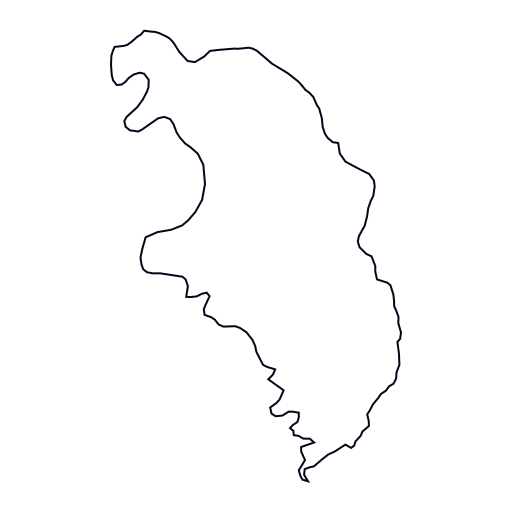 Sertaneja, Paraná, Brazil
{"feature_id": "56859067B46291903675", "entity_name": "Sertaneja", "entity_type": "district", "adm_level": 2, "iso_a3": "BRA", "parent_name": "Brazil", "parent_adm1": "Paraná", "projection": "mercator", "projection_center": [-50.886, -22.951], "detail": "fine", "context": "isolated", "style": "outline", "palette": "ink", "viewbox_px": 512, "rotation_deg": 0, "n_neighbors": 0, "source": "geoboundaries", "source_scale": "gbopen_adm2", "svg_char_len": 2516}
<svg xmlns="http://www.w3.org/2000/svg" viewBox="0 0 512 512"><path d="M338.2,143.0L332.7,142.2L327.7,137.9L325.0,133.9L322.7,127.0L321.8,118.1L319.2,108.5L316.9,105.2L313.3,97.0L309.2,92.6L305.5,90.0L302.8,86.6L298.5,81.7L287.9,73.3L272.2,63.8L256.8,50.7L252.4,48.5L248.6,47.7L238.0,48.8L234.4,48.6L219.6,49.8L210.0,50.9L204.2,56.5L194.9,62.1L187.6,61.0L179.3,51.9L173.7,43.0L170.4,39.2L167.4,37.0L159.4,33.2L155.0,31.9L150.0,31.5L144.2,30.7L140.8,34.6L137.3,36.7L131.2,42.1L127.2,44.9L123.7,45.9L114.6,46.9L112.8,51.1L111.4,55.7L111.0,64.8L111.8,75.4L113.1,80.4L116.8,85.0L121.8,84.5L125.6,81.6L128.7,78.0L133.5,74.6L139.6,72.7L144.1,73.7L148.7,79.8L148.5,87.1L146.9,91.8L142.9,99.4L137.3,107.1L126.6,116.9L124.3,121.2L125.6,126.8L129.9,130.3L138.3,131.5L141.5,129.9L158.3,118.2L164.4,116.9L170.1,119.1L173.4,123.9L176.6,132.4L179.9,137.5L185.1,143.5L190.4,147.2L197.8,153.7L203.3,164.7L205.0,184.0L202.1,199.9L195.4,211.9L188.5,220.0L182.2,225.4L171.0,229.8L157.5,232.1L145.6,237.3L142.3,249.0L140.5,257.5L141.5,264.5L143.2,269.2L146.9,272.2L152.5,273.3L160.0,273.3L182.4,276.7L185.6,279.4L187.9,286.2L186.2,296.8L190.0,297.1L196.7,296.4L202.1,293.7L206.7,292.7L209.6,296.2L205.5,305.0L203.8,309.2L204.6,314.9L210.8,317.0L214.8,319.6L218.6,324.5L223.4,326.6L235.1,326.2L239.9,327.9L246.4,332.2L252.4,339.8L255.2,346.0L256.3,351.6L260.6,360.2L263.1,364.9L267.3,367.0L275.2,369.4L272.9,374.6L268.3,379.3L283.6,390.3L279.6,399.5L276.5,402.9L270.2,407.5L271.5,413.6L275.6,416.2L282.3,415.6L288.6,411.7L292.8,411.7L298.8,412.7L298.8,417.4L297.4,422.0L293.0,424.9L290.0,428.1L293.4,430.8L293.8,435.2L298.4,435.8L303.3,438.6L309.8,438.7L314.1,442.5L301.1,447.0L301.2,451.6L305.0,460.0L302.9,463.6L298.8,470.2L300.3,475.6L302.4,479.6L308.0,481.3L304.1,474.8L304.7,469.1L310.3,467.1L313.9,466.4L321.9,459.5L328.4,454.4L334.6,451.6L339.4,448.5L345.4,444.6L351.1,447.9L354.2,445.6L355.5,441.4L360.7,435.8L362.4,431.6L368.9,426.0L368.8,421.3L367.2,414.4L369.9,410.2L373.1,404.1L377.7,398.7L381.0,393.9L385.8,390.8L389.0,386.4L393.5,383.7L396.1,378.7L396.5,372.5L399.4,364.8L399.0,354.0L397.4,341.9L400.1,338.9L401.0,332.6L398.3,323.1L398.5,316.9L396.0,310.1L394.2,306.4L394.0,300.2L393.3,294.3L390.4,285.2L387.3,282.7L377.0,279.4L375.3,271.8L375.3,266.0L371.5,256.3L366.4,254.0L359.6,247.3L357.8,241.7L358.9,236.1L364.7,225.7L367.0,216.7L368.3,208.0L370.9,200.6L373.3,195.9L374.7,186.3L373.9,180.5L369.1,173.9L362.9,170.9L355.8,167.2L345.5,161.7L339.8,153.6L338.2,143.0Z" fill="none" stroke="#020617" stroke-width="2"/></svg>